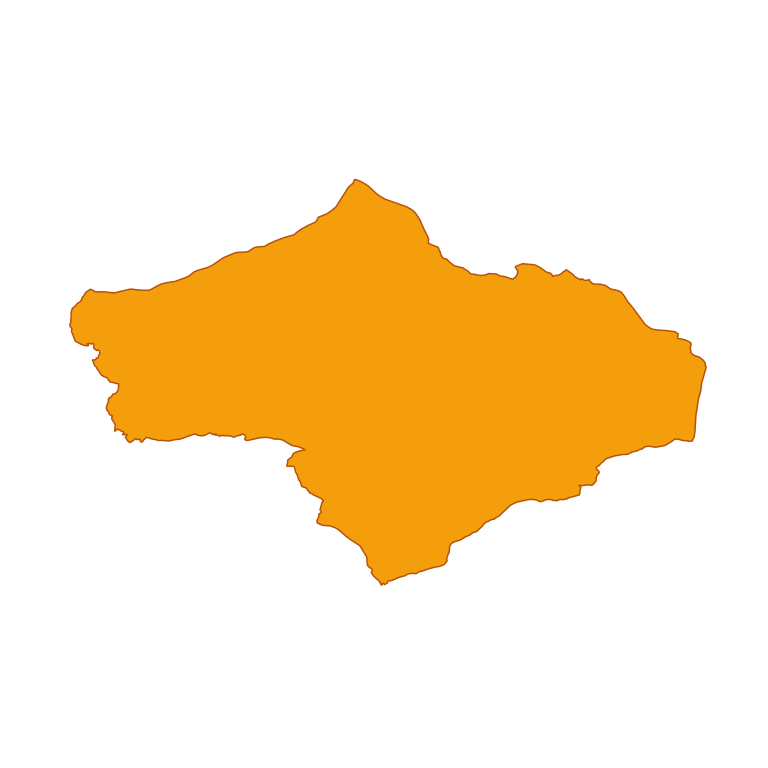 Ruscova, Maramures, Romania, rotated 186°
{"feature_id": "2599482B43305241413801", "entity_name": "Ruscova", "entity_type": "district", "adm_level": 2, "iso_a3": "ROU", "parent_name": "Romania", "parent_adm1": "Maramures", "projection": "robinson", "projection_center": [24.321, 47.803], "detail": "fine", "context": "isolated", "style": "filled", "palette": "amber", "viewbox_px": 768, "rotation_deg": 186, "n_neighbors": 0, "source": "geoboundaries", "source_scale": "gbopen_adm2", "svg_char_len": 6134}
<svg xmlns="http://www.w3.org/2000/svg" viewBox="0 0 768 768"><g transform="rotate(186 384 384)"><path d="M683.7,447.1L684.2,446.9L686.0,447.5L690.1,444.0L692.1,439.6L693.1,438.7L693.5,436.4L694.3,434.7L695.0,433.8L697.2,432.3L699.1,429.4L701.9,426.6L702.7,421.9L702.1,420.0L702.2,416.8L701.9,412.9L702.5,411.0L702.4,408.8L700.5,406.7L700.2,406.0L700.2,403.2L698.8,401.0L696.1,395.1L694.8,394.0L689.2,391.8L684.9,390.9L682.8,391.1L681.8,391.6L681.9,392.0L683.3,392.9L682.9,393.3L680.6,393.7L679.5,393.2L677.3,393.7L676.4,392.6L676.6,390.0L675.8,388.8L673.3,387.3L671.7,388.0L670.6,387.3L669.6,385.1L670.7,382.7L671.1,380.2L672.8,379.7L672.9,378.6L673.3,378.2L674.5,377.7L676.1,377.6L676.3,376.8L674.7,374.4L674.2,372.7L671.5,370.3L670.4,368.3L669.1,367.3L666.4,363.7L663.3,362.0L660.0,361.3L659.4,360.3L656.9,357.5L648.0,356.3L647.7,353.8L647.8,349.9L649.4,347.2L650.9,346.0L652.6,345.6L653.2,344.0L653.9,342.9L656.4,340.8L656.3,338.1L656.6,335.9L657.3,334.1L657.7,331.1L656.6,328.8L655.0,327.3L653.9,325.1L650.8,323.8L650.7,323.5L651.3,322.2L650.8,320.3L647.3,316.1L646.9,313.8L647.1,312.0L646.8,310.7L647.0,310.0L646.9,309.2L646.5,309.1L644.5,311.2L641.7,310.5L640.2,309.6L638.3,309.3L638.0,309.1L637.9,308.1L638.6,306.4L638.0,306.2L635.6,307.0L634.3,306.7L634.2,306.3L635.5,304.7L635.6,304.0L632.6,300.3L631.5,299.6L630.4,299.3L626.6,302.4L625.2,303.8L623.8,302.9L622.5,303.1L621.3,303.7L620.7,303.2L620.2,301.3L619.4,301.0L618.6,301.2L617.7,302.0L617.1,303.5L614.4,306.2L609.9,305.2L605.1,304.8L602.6,304.2L598.9,304.7L592.3,304.8L585.6,306.9L580.7,308.0L567.7,314.3L565.9,314.3L562.6,313.4L559.2,313.5L556.4,314.5L553.6,316.5L552.1,317.1L550.9,317.0L550.2,316.3L549.1,316.0L548.5,316.0L547.8,316.6L547.3,315.8L546.1,316.4L545.8,315.6L544.4,315.9L541.9,314.9L540.3,315.9L536.8,315.8L534.6,316.4L533.5,316.1L531.3,316.3L528.1,315.5L526.7,315.8L525.2,317.0L521.9,317.9L519.5,319.4L517.5,318.9L516.1,317.3L516.0,316.7L516.8,315.2L516.7,314.5L516.1,313.9L514.7,313.5L511.2,314.4L502.1,317.5L495.9,318.6L491.6,318.6L487.7,317.8L482.0,318.2L478.9,317.7L469.2,313.2L462.4,312.6L457.2,311.1L455.9,310.2L460.1,308.9L464.9,306.9L467.2,304.8L468.3,301.5L471.6,298.5L471.8,297.8L471.6,295.6L472.1,293.5L472.0,292.3L471.5,292.0L466.5,292.8L465.0,292.5L464.1,291.2L462.5,286.8L460.9,284.8L458.9,280.1L457.0,277.8L455.0,273.5L450.3,272.4L449.3,270.8L446.1,267.7L443.1,267.0L442.7,266.3L437.8,264.8L436.8,264.1L435.1,263.9L432.2,261.8L432.1,261.0L433.2,260.0L434.4,252.7L434.4,251.9L433.0,250.7L432.9,249.7L433.2,249.2L435.0,248.2L435.0,245.6L436.4,241.0L436.1,239.4L435.4,238.6L431.9,237.5L429.8,237.1L422.5,237.2L417.4,235.9L413.6,234.1L405.7,228.5L401.8,226.1L391.1,220.7L383.5,210.7L382.5,207.9L382.4,205.3L381.6,203.6L381.7,202.0L380.5,201.2L380.0,200.5L377.4,199.1L376.4,198.2L376.2,197.1L376.9,195.5L376.9,194.9L373.8,191.5L368.5,187.7L365.5,183.7L364.8,184.6L364.6,185.5L363.7,185.6L362.5,184.6L359.8,186.5L359.4,188.2L358.8,188.7L357.0,188.9L352.9,190.9L349.1,193.2L343.2,195.4L340.5,197.4L337.2,198.5L332.1,198.8L330.0,200.6L328.3,201.5L326.1,202.0L321.3,204.5L313.9,207.3L309.6,208.4L305.4,210.7L302.9,214.3L302.9,215.4L303.5,217.6L302.8,219.5L302.6,221.0L301.6,223.4L301.7,229.7L300.5,232.0L299.3,233.2L297.6,234.4L292.0,236.7L286.1,241.1L282.7,242.8L280.5,245.1L276.4,247.0L271.3,253.0L270.2,255.1L268.0,257.3L265.0,258.9L263.3,260.3L260.5,261.0L257.7,263.5L256.1,264.4L245.7,276.5L242.7,278.6L239.4,280.5L228.4,284.1L224.7,284.7L220.9,284.7L217.4,283.5L215.7,283.3L210.7,285.9L208.1,286.4L205.2,286.4L203.5,285.9L199.8,286.0L197.5,287.5L194.0,287.7L190.6,288.6L188.5,290.1L178.3,294.0L177.8,296.0L178.0,298.6L177.4,301.8L179.2,303.5L175.4,303.8L171.7,304.9L166.7,305.0L164.9,306.7L163.0,309.8L163.0,313.5L162.3,316.2L160.9,317.8L160.8,318.4L160.9,319.1L161.5,320.0L163.1,321.1L163.9,322.0L164.2,323.4L161.9,325.1L159.4,328.4L158.1,329.5L156.7,331.1L156.3,332.0L155.4,332.9L147.1,336.6L139.8,338.7L134.9,339.4L132.4,340.7L130.7,342.0L124.7,344.2L122.9,345.7L120.5,346.4L118.4,348.5L116.2,349.4L113.4,349.8L107.5,349.5L99.5,351.7L97.3,352.8L91.0,357.6L89.8,359.0L88.4,359.8L85.4,359.8L80.5,359.0L77.7,359.3L75.2,358.9L71.5,359.5L71.1,360.3L70.9,361.7L70.0,363.5L69.8,369.5L70.5,385.1L69.7,401.8L68.3,410.3L68.2,418.0L65.3,434.6L66.2,435.5L66.8,438.5L69.1,441.1L74.0,444.0L77.9,444.6L79.3,445.2L82.2,447.3L82.4,449.4L83.2,451.5L82.7,455.3L82.8,456.3L83.4,457.0L85.6,458.2L89.2,459.3L91.8,459.8L95.7,459.8L96.9,460.3L96.7,464.6L100.1,466.4L108.8,466.6L116.2,466.3L123.2,466.6L126.5,468.1L130.5,470.5L144.1,485.4L150.3,491.5L153.9,496.2L157.4,499.9L160.7,501.3L168.7,502.2L173.9,505.1L176.5,505.6L179.8,505.8L185.6,505.3L187.9,506.1L190.0,507.9L190.7,509.2L193.0,508.3L195.3,508.1L196.2,508.2L197.1,509.1L198.0,508.8L198.9,509.2L199.2,509.1L199.7,508.2L205.4,510.7L207.7,512.8L214.2,516.5L215.2,516.4L216.0,515.0L217.6,514.3L218.9,512.5L221.9,510.4L225.4,509.7L227.3,508.7L228.8,510.7L230.4,511.7L233.0,512.0L234.6,512.5L241.1,516.2L245.6,518.0L247.5,518.3L258.8,518.1L265.1,514.8L265.7,513.9L263.0,510.6L262.6,509.1L263.3,506.1L264.8,503.6L266.7,502.0L267.6,501.7L274.5,503.3L280.2,503.6L282.0,504.5L283.8,505.1L290.6,504.9L291.5,504.7L294.9,502.9L298.7,502.1L301.7,502.1L305.4,502.6L308.5,502.4L309.4,502.8L313.1,505.5L314.1,505.8L317.7,507.7L325.8,508.8L327.8,509.7L332.1,512.5L334.6,514.7L337.7,515.1L339.1,516.0L340.6,518.0L342.3,521.9L343.1,522.9L344.2,525.3L344.8,525.8L347.6,526.4L354.7,528.7L354.8,533.2L361.5,543.9L365.1,550.5L370.2,556.9L373.9,559.9L380.0,562.6L402.2,567.9L407.6,570.3L411.2,572.4L420.3,579.2L423.9,581.1L428.2,582.9L432.7,584.2L434.5,584.3L435.8,580.5L439.9,576.1L450.2,555.2L453.7,551.5L458.8,547.1L466.7,543.0L468.8,538.0L475.5,534.1L482.0,529.7L486.0,526.3L489.3,522.9L498.5,519.2L507.1,514.9L514.6,510.5L516.1,509.0L517.4,508.2L523.2,507.4L527.2,506.1L533.2,501.4L536.8,500.5L542.2,499.9L546.4,498.6L556.9,492.8L567.8,483.6L573.1,480.8L580.7,477.7L584.4,475.7L589.6,470.8L592.4,469.1L602.4,464.2L609.1,462.5L615.3,460.5L619.5,458.0L625.4,453.8L628.0,452.5L637.8,451.8L644.6,452.0L647.1,451.6L661.8,446.4L672.4,446.4L681.1,445.5L683.7,447.1Z" fill="#f59e0b" stroke="#b45309" stroke-width="1.5"/></g></svg>